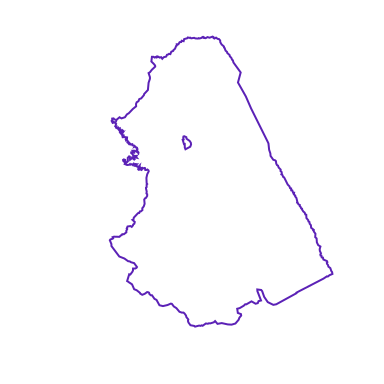 outline of Gokwe South, Midlands, Zimbabwe, rotated 242°
{"feature_id": "62879985B62286453442238", "entity_name": "Gokwe South", "entity_type": "district", "adm_level": 2, "iso_a3": "ZWE", "parent_name": "Zimbabwe", "parent_adm1": "Midlands", "projection": "mercator", "projection_center": [28.824, -18.131], "detail": "fine", "context": "isolated", "style": "outline", "palette": "violet", "viewbox_px": 384, "rotation_deg": 242, "n_neighbors": 0, "source": "geoboundaries", "source_scale": "gbopen_adm2", "svg_char_len": 6067}
<svg xmlns="http://www.w3.org/2000/svg" viewBox="0 0 384 384"><g transform="rotate(242 192 192)"><path d="M53.3,213.7L53.6,236.7L54.1,236.9L54.1,239.6L53.8,267.4L54.2,271.5L53.6,272.2L54.0,274.4L53.7,277.5L55.5,278.1L56.9,277.9L59.9,278.4L62.1,277.4L63.6,277.8L65.3,277.5L66.2,277.8L66.5,278.6L67.7,278.7L70.7,276.3L72.6,276.8L73.4,275.8L75.0,276.4L75.6,275.7L76.6,276.0L77.3,277.1L79.9,277.2L81.6,277.9L83.6,279.8L85.8,278.5L88.9,278.6L92.5,280.2L94.3,279.6L97.2,281.4L100.0,281.0L101.3,281.7L101.7,281.1L102.2,281.4L104.5,280.4L106.9,281.4L108.8,281.0L110.4,281.6L111.3,281.0L112.5,281.4L115.3,280.8L118.3,282.2L119.0,281.5L120.9,281.8L122.6,281.1L125.6,280.9L125.8,281.2L126.5,280.7L127.8,280.9L128.9,280.5L129.9,281.1L131.1,280.2L133.3,280.3L133.5,279.9L134.3,280.5L137.8,281.4L139.6,281.0L140.4,281.5L142.1,280.8L143.4,281.8L143.9,280.9L146.3,281.3L146.9,280.4L148.6,281.2L149.3,280.4L151.3,280.7L153.6,280.0L161.7,280.2L162.4,279.6L164.8,279.8L165.6,279.2L166.3,280.1L167.7,280.5L169.0,280.0L170.2,280.8L172.9,280.0L174.9,280.3L175.8,279.7L177.5,279.7L179.9,280.6L180.9,280.3L182.3,278.9L187.0,278.3L189.3,279.3L193.0,279.9L199.0,282.3L200.7,282.4L238.0,283.4L251.1,284.4L267.1,284.0L274.7,291.1L286.9,289.4L289.1,289.9L289.9,289.5L292.1,289.7L294.0,289.1L295.2,289.5L298.2,288.4L299.2,288.7L301.1,288.0L303.9,288.4L304.5,288.1L305.5,288.5L308.4,287.4L311.0,287.3L312.6,288.0L314.4,287.6L315.2,286.5L317.0,285.7L317.0,283.8L317.9,283.3L318.6,283.7L319.5,283.2L320.0,279.9L321.5,278.4L321.4,276.3L322.3,275.0L322.7,275.3L323.8,274.6L323.9,273.7L323.5,273.2L324.0,270.8L324.7,270.2L324.6,269.4L326.1,267.0L327.1,266.3L328.1,263.4L329.2,262.8L329.3,262.0L330.4,260.9L330.0,259.9L330.7,256.9L329.1,255.4L330.4,253.9L329.5,252.9L330.1,251.4L328.8,249.3L329.6,247.9L328.5,247.4L328.5,246.7L326.5,244.3L325.9,242.0L325.4,241.6L325.6,239.6L323.9,237.6L324.8,236.5L324.6,235.6L324.9,234.3L323.7,232.8L324.3,230.2L323.6,228.3L325.6,228.0L325.8,226.6L327.0,226.0L327.1,225.2L327.9,225.2L328.2,224.7L327.6,223.5L328.4,223.0L328.3,222.1L329.5,221.4L330.2,220.1L326.3,217.4L323.1,218.4L321.0,218.8L320.0,218.4L318.8,214.0L317.5,211.1L317.4,209.5L313.2,208.8L311.7,208.0L308.9,205.0L302.8,201.0L301.0,195.8L300.1,195.0L298.5,191.1L298.8,189.1L297.3,187.3L297.2,185.3L296.0,183.9L293.9,182.9L293.1,178.8L291.2,173.1L291.1,171.0L289.5,167.9L290.1,164.3L292.0,163.1L291.1,158.8L292.8,157.5L293.8,157.3L294.3,156.0L292.9,155.3L292.5,154.4L291.0,154.4L291.5,155.4L290.8,155.7L290.1,155.1L289.6,157.4L289.0,156.6L287.8,157.0L286.0,155.1L285.4,155.6L285.0,155.4L285.0,155.9L284.2,155.4L282.7,156.2L283.5,156.2L283.5,157.0L282.4,156.7L282.2,158.2L281.7,158.0L281.3,156.6L280.7,156.7L281.1,157.4L280.8,157.8L279.7,157.1L279.0,158.6L279.5,159.4L278.6,159.8L278.0,159.3L277.9,157.9L277.3,157.6L277.6,156.9L278.3,157.1L278.2,156.4L276.9,156.7L276.9,158.8L275.9,157.0L274.2,157.0L273.7,157.5L274.4,158.0L274.1,158.3L273.3,157.6L273.3,156.6L272.9,156.5L272.1,158.4L270.7,160.3L269.3,159.4L269.5,158.7L270.0,158.7L269.8,158.2L268.4,158.0L268.4,158.7L267.5,159.2L266.7,159.1L266.3,158.6L265.9,159.4L265.0,159.6L264.9,158.7L263.9,158.9L263.9,159.4L263.3,159.6L263.7,160.1L262.4,160.8L262.2,161.7L261.1,161.4L260.2,162.7L259.3,163.0L259.1,162.7L259.1,163.1L258.0,163.5L257.7,163.3L256.9,164.2L255.5,164.0L255.4,163.2L255.0,162.9L252.0,163.3L251.5,162.9L252.6,162.7L254.2,161.5L255.7,160.3L256.2,159.2L254.9,159.6L254.0,159.3L255.6,157.1L255.1,156.6L253.1,157.3L251.9,157.2L250.3,159.0L249.9,160.1L249.2,159.1L248.2,159.3L249.8,157.4L249.4,156.6L247.9,156.7L247.8,156.2L249.2,155.6L250.2,156.0L250.7,155.4L249.9,154.3L249.6,152.5L252.4,153.7L253.0,153.2L252.3,151.3L249.2,149.8L248.7,148.1L249.8,147.4L251.7,148.1L252.8,147.1L252.7,146.2L251.7,145.9L249.1,146.8L248.3,145.7L246.3,147.4L245.5,149.4L245.8,150.4L245.0,150.6L244.8,152.0L243.3,152.5L244.2,153.9L243.0,154.1L243.3,155.1L242.6,156.1L242.5,154.8L241.7,154.2L241.2,155.5L240.6,155.2L239.9,155.8L240.5,156.4L239.6,155.9L239.2,156.2L239.8,158.0L238.6,156.9L238.3,157.8L237.6,158.1L237.1,157.4L237.8,155.8L237.5,155.2L236.7,155.3L236.0,157.3L235.2,157.7L235.3,158.2L236.7,158.2L236.7,159.5L235.7,160.2L235.5,161.4L235.2,161.7L233.4,161.1L232.9,161.9L232.8,163.2L231.5,163.7L230.6,163.5L228.7,160.8L225.9,158.4L221.1,156.1L220.1,156.2L219.9,155.5L217.6,154.2L217.4,153.4L216.6,153.0L213.6,152.2L212.1,151.1L211.1,151.4L209.6,150.6L208.4,148.6L208.5,147.7L207.8,146.3L203.8,144.6L201.9,142.6L201.0,140.5L199.3,139.7L198.9,137.8L199.3,136.9L198.3,135.6L198.7,134.8L198.4,133.6L196.7,128.6L195.2,127.4L195.3,126.4L192.4,127.4L191.1,126.2L190.9,124.8L190.2,124.2L189.5,122.4L190.8,121.7L191.8,118.9L190.4,117.2L189.7,117.4L188.6,115.8L187.2,115.1L186.7,112.0L187.5,110.6L186.9,109.6L187.1,108.8L186.5,106.9L189.2,102.1L189.4,100.7L188.2,100.7L188.0,100.1L188.4,97.6L188.0,96.8L183.9,96.4L182.1,95.5L169.2,97.5L165.0,101.1L160.9,103.1L159.9,104.5L158.7,105.1L156.4,107.5L151.6,108.2L151.1,107.4L151.1,105.9L152.1,104.0L150.5,103.1L149.6,102.0L148.1,98.8L148.1,98.4L148.8,97.9L143.8,92.9L138.6,95.7L133.3,95.3L131.3,97.0L127.4,98.7L126.6,98.6L124.6,99.8L124.3,102.4L124.7,105.4L123.8,106.5L123.2,106.8L121.9,106.5L120.1,107.2L119.6,108.2L115.3,108.7L113.4,110.0L107.3,110.1L104.9,112.8L103.7,117.3L103.4,120.9L102.7,121.7L99.5,122.2L96.8,123.7L92.1,124.7L90.2,126.5L89.5,127.9L88.1,128.4L85.7,128.7L84.2,128.3L81.2,128.9L80.1,127.9L78.4,127.6L75.1,128.1L72.7,131.1L71.7,131.5L70.7,135.6L69.8,136.7L69.7,138.0L68.9,138.6L69.4,142.5L68.2,144.2L68.2,145.1L67.4,146.5L66.7,150.1L67.2,151.8L63.6,152.6L62.3,156.7L58.3,161.4L56.3,164.7L55.5,168.6L57.3,173.2L58.8,174.9L59.8,177.4L61.2,177.9L63.7,175.7L67.7,177.1L67.1,179.6L67.3,184.3L67.9,186.3L67.3,187.2L67.5,193.2L63.5,195.7L63.0,197.9L64.4,199.5L63.8,202.0L73.8,203.2L75.3,203.9L73.0,207.1L71.5,207.4L65.5,206.5L59.2,207.2L54.2,210.8L53.3,213.7ZM232.8,211.7L232.8,206.3L234.6,206.5L237.8,208.1L238.0,207.4L242.5,208.3L242.3,209.3L243.8,209.6L245.0,210.5L244.9,211.3L243.1,212.7L241.6,212.2L238.2,213.9L236.1,214.1L234.4,213.5L232.8,211.7Z" fill="none" stroke="#5b21b6" stroke-width="2"/></g></svg>